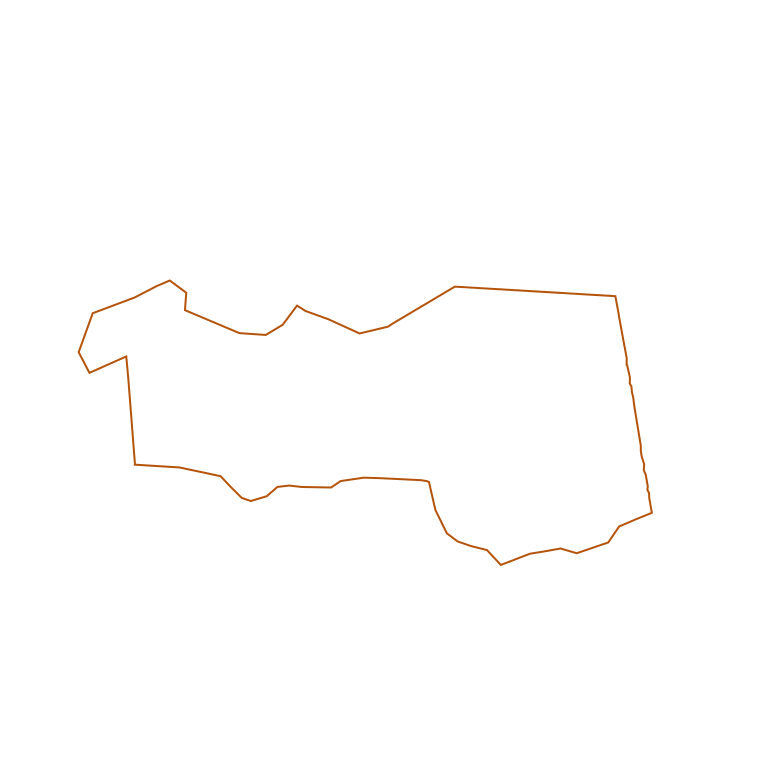 outline of Kaya, Lac, Chad, rotated 202°
{"feature_id": "50815135B89390943871593", "entity_name": "Kaya", "entity_type": "district", "adm_level": 2, "iso_a3": "TCD", "parent_name": "Chad", "parent_adm1": "Lac", "projection": "robinson", "projection_center": [14.166, 13.535], "detail": "fine", "context": "isolated", "style": "outline", "palette": "amber", "viewbox_px": 768, "rotation_deg": 202, "n_neighbors": 0, "source": "geoboundaries", "source_scale": "gbopen_adm2", "svg_char_len": 1206}
<svg xmlns="http://www.w3.org/2000/svg" viewBox="0 0 768 768"><g transform="rotate(202 384 384)"><path d="M584.7,215.9L542.4,230.0L501.0,237.3L487.7,231.2L473.2,225.1L463.7,225.6L450.7,236.0L444.2,248.7L433.9,254.3L421.4,257.8L394.3,268.2L387.8,277.8L367.6,289.6L352.4,295.2L336.1,300.9L313.6,308.7L307.9,310.0L305.6,310.0L289.2,286.5L269.8,269.1L256.8,265.6L242.9,266.3L226.3,268.6L207.9,260.0L193.8,273.2L185.1,281.3L172.7,288.8L158.7,297.6L141.9,299.3L116.7,321.1L112.6,340.0L99.7,353.0L87.4,364.9L95.4,377.7L97.3,382.0L100.3,384.8L101.0,387.8L107.4,398.0L110.9,401.5L112.0,404.9L112.8,407.2L113.8,408.4L117.7,413.0L120.7,417.9L122.9,423.2L143.4,456.8L144.4,458.6L147.6,464.4L151.3,469.7L153.2,473.5L153.7,474.4L156.3,476.5L157.2,479.0L158.5,482.3L164.2,490.5L165.6,492.5L166.1,492.5L168.7,499.0L177.4,512.6L189.8,532.1L191.5,534.8L192.7,536.9L193.2,537.7L202.4,552.1L354.8,500.8L398.9,442.9L401.6,438.8L425.6,421.7L459.7,423.2L484.1,422.3L494.0,424.1L500.1,401.0L512.0,385.2L537.1,377.0L596.2,377.9L601.5,394.5L621.4,399.7L631.4,389.7L647.5,370.9L680.6,340.5L679.0,299.1L661.3,284.0L633.3,313.0L625.0,296.9L622.2,291.4L584.7,216.0L584.7,215.9Z" fill="none" stroke="#b45309" stroke-width="2"/></g></svg>